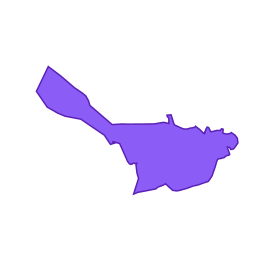 Wurno, Sokoto, Nigeria, rotated 213°
{"feature_id": "59680162B797578221173", "entity_name": "Wurno", "entity_type": "district", "adm_level": 2, "iso_a3": "NGA", "parent_name": "Nigeria", "parent_adm1": "Sokoto", "projection": "mercator", "projection_center": [5.455, 13.242], "detail": "fine", "context": "isolated", "style": "filled", "palette": "violet", "viewbox_px": 256, "rotation_deg": 213, "n_neighbors": 0, "source": "geoboundaries", "source_scale": "gbopen_adm2", "svg_char_len": 1759}
<svg xmlns="http://www.w3.org/2000/svg" viewBox="0 0 256 256"><g transform="rotate(213 128 128)"><path d="M40.7,177.6L42.6,176.4L43.6,176.0L45.5,175.4L46.2,176.2L46.5,176.9L47.5,178.8L49.2,178.3L49.2,176.3L52.0,174.5L55.6,170.7L56.7,170.0L60.6,172.3L62.1,171.9L62.0,169.3L61.5,167.5L61.5,166.2L60.9,165.9L60.6,165.2L61.2,164.6L67.0,165.8L72.2,166.2L72.0,165.7L74.1,163.1L75.6,162.0L77.9,159.3L80.8,157.5L84.3,156.8L91.0,155.9L99.0,162.5L102.3,160.0L101.7,159.5L101.3,159.0L100.4,158.8L99.0,158.3L96.2,154.1L101.1,152.2L108.4,145.6L115.4,140.9L130.9,130.7L135.2,128.1L143.2,122.2L172.3,126.2L176.1,129.4L180.6,131.8L184.5,132.4L194.9,132.6L212.8,135.0L228.3,136.1L224.8,108.9L207.1,101.5L195.1,102.2L187.0,103.7L172.4,109.7L143.9,109.1L133.8,104.7L131.2,107.8L132.9,107.7L133.0,108.5L126.5,110.4L110.2,99.8L107.2,98.7L107.0,98.8L106.0,98.9L105.6,99.5L104.9,99.9L104.8,100.4L104.5,101.2L104.0,101.8L103.4,101.8L102.6,102.0L102.1,102.5L101.6,103.1L101.1,101.3L96.6,95.9L95.5,94.7L91.7,91.5L87.3,75.6L84.6,79.5L79.2,84.6L71.4,92.2L70.9,94.4L69.2,96.8L68.5,97.6L66.4,100.9L66.3,101.6L63.4,101.2L61.5,100.8L56.5,100.0L55.8,100.5L53.5,101.4L53.1,101.7L52.4,102.2L51.0,103.5L47.2,107.8L45.6,109.6L41.8,114.8L38.1,118.5L35.5,122.0L31.6,126.9L31.4,130.0L31.5,133.8L33.8,143.2L35.3,148.0L35.8,150.5L35.6,150.8L35.5,151.0L35.4,151.2L35.2,151.4L35.2,151.5L34.7,152.0L34.2,152.4L33.5,152.9L33.3,153.3L32.8,153.7L32.7,153.9L32.5,154.2L32.2,154.6L32.0,154.8L31.4,155.2L31.3,155.4L30.7,157.3L30.0,158.9L29.3,159.5L28.8,159.9L28.5,160.3L28.4,160.9L28.4,161.4L33.2,165.1L34.3,166.1L32.3,167.1L30.3,165.9L29.1,166.8L28.0,168.1L27.8,171.3L27.7,175.1L27.8,175.5L30.8,179.0L34.2,180.3L38.9,180.4L39.1,179.6L40.7,177.6Z" fill="#8b5cf6" stroke="#5b21b6" stroke-width="1.5"/></g></svg>